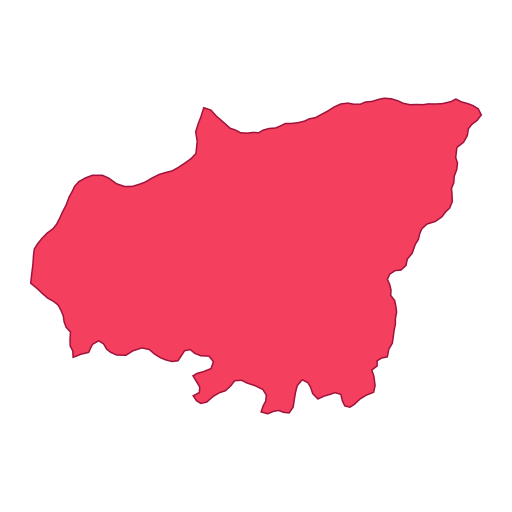 outline of Iraí de Minas, Minas Gerais, Brazil
{"feature_id": "56859067B90662154366353", "entity_name": "Iraí de Minas", "entity_type": "district", "adm_level": 2, "iso_a3": "BRA", "parent_name": "Brazil", "parent_adm1": "Minas Gerais", "projection": "albers", "projection_center": [-47.455, -19.048], "detail": "fine", "context": "isolated", "style": "filled", "palette": "rose", "viewbox_px": 512, "rotation_deg": 0, "n_neighbors": 0, "source": "geoboundaries", "source_scale": "gbopen_adm2", "svg_char_len": 2778}
<svg xmlns="http://www.w3.org/2000/svg" viewBox="0 0 512 512"><path d="M455.9,99.0L451.1,101.6L442.0,103.7L434.8,104.0L428.3,103.9L422.9,104.7L416.9,104.5L410.0,104.7L403.2,103.3L398.1,100.9L391.4,98.8L384.3,98.2L378.2,99.5L372.2,101.4L365.5,102.0L360.4,104.2L353.6,104.2L347.9,103.1L340.7,104.0L334.3,106.9L327.8,111.0L320.3,115.0L315.6,117.6L309.1,118.9L304.6,121.1L298.0,122.7L291.1,123.5L285.4,123.5L280.7,125.8L275.6,128.0L269.1,128.5L263.2,130.1L258.6,132.8L253.6,132.4L247.2,133.1L240.6,132.8L235.5,130.1L230.1,128.2L226.2,124.7L222.1,121.1L216.1,115.9L210.9,110.1L203.8,107.7L200.9,116.9L198.3,123.5L195.7,131.7L197.2,141.6L195.9,153.6L191.4,158.3L187.0,161.6L182.8,164.5L177.7,167.8L172.3,170.8L166.2,172.4L159.3,174.4L151.5,178.3L145.4,182.0L139.2,184.3L132.4,186.4L124.7,186.5L116.4,183.7L108.9,178.2L102.5,175.3L92.3,175.3L85.7,177.8L79.0,181.5L74.6,186.4L72.5,190.9L69.2,196.9L66.0,205.3L62.7,211.6L59.7,218.2L56.7,224.1L52.9,228.8L47.2,233.0L42.1,238.2L37.7,243.6L34.3,249.1L33.5,255.3L33.0,263.3L31.7,274.3L30.7,283.2L37.5,288.8L41.9,293.1L47.8,298.2L53.3,301.2L58.1,305.0L61.2,310.8L63.3,316.0L64.1,321.8L66.1,327.2L70.5,332.1L70.0,339.7L70.2,346.1L72.8,350.9L73.1,357.3L81.1,354.2L88.6,352.4L92.4,344.4L98.7,340.8L103.6,343.9L106.6,349.1L110.6,352.3L116.7,355.0L125.9,355.3L132.8,350.9L141.8,347.9L149.3,349.5L154.5,354.0L160.4,357.7L165.8,359.9L172.0,361.5L178.0,360.8L181.1,356.1L184.6,350.7L190.3,349.6L194.7,353.3L200.9,355.8L209.0,356.1L213.4,361.8L211.0,368.6L203.3,371.7L197.3,373.3L193.0,375.8L196.6,381.8L199.7,387.0L199.4,392.5L193.2,395.8L196.5,400.7L200.7,403.4L206.7,402.1L213.3,396.3L219.5,392.7L225.3,390.8L230.4,386.2L234.8,380.7L241.5,380.3L247.2,383.1L255.1,385.7L262.9,389.5L266.3,395.1L265.8,400.9L263.2,405.8L261.1,411.9L267.6,413.8L273.9,411.2L278.7,410.5L283.8,412.4L289.2,412.9L293.1,407.2L294.4,399.0L295.5,392.4L297.2,385.7L302.2,379.8L307.8,382.6L310.5,387.0L312.7,393.6L317.9,399.0L323.8,396.2L330.3,394.3L334.9,392.7L340.8,394.3L342.4,400.9L344.8,405.9L349.9,407.2L354.3,404.4L360.0,399.0L366.2,395.2L373.6,392.2L375.1,385.6L373.9,376.3L371.8,370.0L377.1,366.0L377.1,360.8L381.7,358.0L387.3,356.9L388.8,349.3L392.3,343.2L393.1,337.9L394.1,330.4L395.4,324.2L395.4,318.6L396.6,312.3L395.9,306.4L394.6,300.4L390.7,295.4L391.0,290.0L389.7,284.5L387.4,279.3L389.7,274.2L395.1,270.6L400.9,270.1L406.0,265.4L407.3,259.1L412.2,253.2L415.3,244.3L418.4,239.4L419.7,233.7L421.8,228.8L426.9,224.1L435.4,221.4L441.9,216.8L445.6,211.9L449.7,208.0L452.3,201.4L452.0,194.1L451.5,188.4L453.8,182.7L454.2,176.3L456.7,169.6L457.5,163.2L455.7,157.5L456.9,147.4L463.6,142.2L467.3,135.6L468.4,128.8L471.7,124.5L477.1,120.4L481.3,114.9L478.2,108.8L473.0,105.6L468.1,103.7L461.2,101.8L455.9,99.0Z" fill="#f43f5e" stroke="#9f1239" stroke-width="1.5"/></svg>